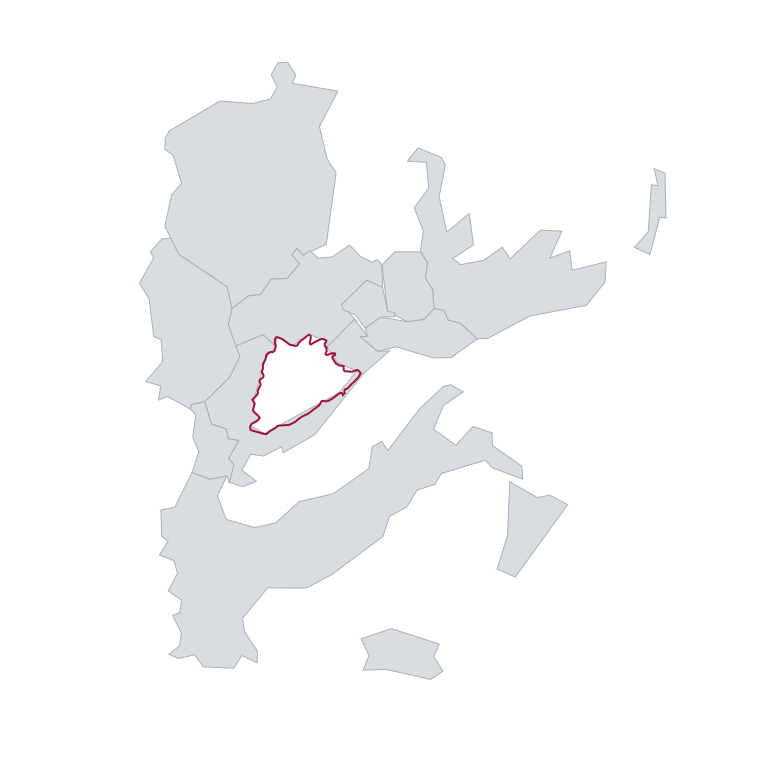 Bosnia and Herzegovina shown with its bordering countries, rotated 278°
{"feature_id": "BIH", "entity_name": "Bosnia and Herzegovina", "entity_type": "country or territory", "adm_level": 0, "iso_a3": "BIH", "parent_name": "Europe", "parent_adm1": "", "projection": "orthographic", "projection_center": [18.137, 43.918], "detail": "fine", "context": "with_neighbors", "style": "outline", "palette": "rose", "viewbox_px": 768, "rotation_deg": 278, "n_neighbors": 11, "source": "natural_earth", "source_scale": "50m", "svg_char_len": 6289}
<svg xmlns="http://www.w3.org/2000/svg" viewBox="0 0 768 768"><g transform="rotate(278 384 384)"><path d="M482.2,134.2L496.8,143.8L499.1,153.9L484.0,162.6L458.4,215.2L437.5,223.0L421.1,221.7L391.1,237.6L369.3,230.3L341.5,209.0L336.7,196.1L332.4,195.6L341.5,171.3L336.7,163.0L351.1,163.2L353.3,147.7L375.5,161.8L396.9,157.1L398.9,149.4L435.8,139.5L449.6,127.9L477.0,138.3L482.2,134.2Z" fill="#d9dde1" stroke="#a8b0b8" stroke-width="1"/><path d="M650.3,231.6L663.0,237.0L674.5,229.3L687.3,234.2L689.2,243.8L677.6,253.7L669.1,251.2L667.5,297.6L629.9,284.2L599.0,296.3L586.4,307.2L514.4,307.4L500.3,285.9L506.2,279.1L499.3,274.8L491.3,283.7L475.0,273.4L472.3,257.8L455.7,249.5L452.3,237.5L437.5,223.0L458.4,215.2L484.0,162.6L509.6,145.1L541.8,147.3L554.3,155.6L580.7,143.7L586.1,134.3L596.7,133.2L604.8,136.1L641.3,182.1L643.5,214.9L650.3,231.6Z" fill="#d9dde1" stroke="#a8b0b8" stroke-width="1"/><path d="M634.8,621.6L631.8,633.0L587.6,640.1L587.5,633.9L549.3,629.3L554.1,613.0L571.7,624.5L618.6,621.1L618.4,627.7L634.8,621.6ZM519.9,401.7L541.0,401.5L563.0,389.4L584.0,401.0L609.4,395.1L608.0,376.2L622.6,384.9L616.1,409.4L609.8,414.3L577.1,412.5L543.2,425.0L564.6,444.8L534.1,453.2L517.8,434.6L512.8,443.2L520.4,465.5L536.0,482.3L525.4,491.3L558.2,517.6L560.0,538.9L531.8,530.7L541.7,549.4L522.8,554.5L535.9,587.1L515.7,588.7L490.1,573.5L471.6,518.9L443.8,480.7L441.6,470.0L454.7,451.2L456.1,438.8L465.3,433.0L465.5,423.1L484.2,419.0L494.7,410.2L510.2,410.1L519.9,401.7Z" fill="#d9dde1" stroke="#a8b0b8" stroke-width="1"/><path d="M465.5,423.1L465.3,433.0L456.1,438.8L454.7,451.2L441.6,470.0L419.5,446.7L416.7,428.6L422.5,390.8L415.5,372.9L427.4,354.0L429.3,361.1L436.8,357.5L449.8,371.3L448.9,398.0L453.4,414.2L465.5,423.1Z" fill="#d9dde1" stroke="#a8b0b8" stroke-width="1"/><path d="M341.5,209.0L369.3,230.3L391.1,237.6L401.0,231.9L416.2,257.3L406.1,271.7L393.8,263.4L352.3,257.4L339.8,258.1L333.8,265.8L324.4,256.9L318.3,272.5L369.8,341.4L394.5,355.8L391.4,362.3L324.2,322.5L302.0,293.8L307.6,291.2L295.9,274.8L295.9,261.9L278.9,255.2L269.9,271.2L262.7,258.1L265.0,244.4L283.4,246.6L288.6,240.4L307.8,248.1L308.1,237.4L317.4,233.9L320.4,218.6L341.5,209.0Z" fill="#d9dde1" stroke="#a8b0b8" stroke-width="1"/><path d="M183.4,185.3L198.5,192.1L202.2,185.1L228.2,180.6L232.9,194.1L269.5,206.2L265.6,224.7L271.1,241.2L250.3,234.5L227.9,246.6L223.9,276.1L231.4,296.0L255.9,316.7L268.1,348.8L298.1,380.7L320.2,381.2L326.9,389.7L318.7,397.1L364.9,423.1L389.6,443.0L392.6,450.0L387.2,463.6L371.1,445.9L346.0,439.4L333.4,463.7L354.3,478.1L350.6,497.8L338.2,499.9L321.7,532.0L309.1,534.6L316.1,502.9L322.7,495.0L303.4,453.3L291.6,448.2L283.6,431.5L265.4,423.7L253.8,407.9L232.9,404.2L188.1,358.9L171.1,335.4L166.0,297.2L132.4,276.6L119.5,280.2L101.8,295.9L90.2,297.2L95.4,281.2L81.6,274.5L78.8,244.4L89.5,234.2L83.7,219.0L86.3,208.5L96.4,218.1L109.2,218.0L125.4,207.0L129.2,213.5L141.7,213.7L149.1,199.1L167.7,205.9L179.8,200.6L183.4,185.3ZM251.2,527.4L304.6,522.2L292.9,551.6L297.0,563.5L290.1,582.6L211.1,540.9L216.5,521.8L251.2,527.4ZM113.0,406.9L128.4,396.8L142.8,425.4L134.1,474.9L121.0,471.1L107.9,482.4L97.9,471.1L101.7,425.5L97.7,403.2L113.0,406.9Z" fill="#d9dde1" stroke="#a8b0b8" stroke-width="1"/><path d="M269.5,206.2L290.9,210.2L304.4,202.1L327.3,201.8L332.4,195.6L336.7,196.1L341.5,209.0L320.4,218.6L317.4,233.9L308.1,237.4L307.8,248.1L288.6,240.4L283.4,246.6L265.0,244.4L271.1,241.2L265.6,224.7L269.5,206.2Z" fill="#d9dde1" stroke="#a8b0b8" stroke-width="1"/><path d="M501.8,365.3L516.5,376.7L519.9,401.7L510.2,410.1L494.7,410.2L484.2,419.0L465.5,423.1L453.4,414.2L448.9,398.0L456.7,377.4L501.8,365.3Z" fill="#d9dde1" stroke="#a8b0b8" stroke-width="1"/><path d="M401.0,231.9L421.1,221.7L437.5,223.0L452.3,237.5L455.7,249.5L472.3,257.8L475.0,273.4L491.3,283.7L499.3,274.8L506.2,279.1L500.3,285.9L505.7,292.2L499.4,301.2L502.6,314.9L516.9,330.6L507.0,343.0L502.9,355.4L506.2,359.7L501.8,365.3L479.4,369.2L484.3,352.4L456.7,331.0L441.8,348.9L444.0,345.6L412.5,322.4L418.9,320.7L422.6,302.7L409.3,288.3L415.8,271.5L406.1,271.7L416.2,257.3L401.0,231.9Z" fill="#d9dde1" stroke="#a8b0b8" stroke-width="1"/><path d="M444.0,345.6L429.3,361.1L427.4,354.0L415.5,372.9L417.6,384.9L391.4,362.3L398.4,334.9L412.5,322.4L444.0,345.6Z" fill="#d9dde1" stroke="#a8b0b8" stroke-width="1"/><path d="M452.1,385.0L449.8,371.3L436.8,357.5L448.4,346.0L451.9,333.3L456.7,331.0L484.3,352.4L479.4,369.2L456.7,377.4L455.7,385.2L452.1,385.0Z" fill="#d9dde1" stroke="#a8b0b8" stroke-width="1"/><path d="M415.3,270.8L415.5,271.7L415.0,274.6L413.9,277.8L412.1,281.2L410.2,284.3L409.7,286.0L409.6,288.6L409.3,290.7L409.6,291.8L410.3,292.9L412.5,293.7L415.4,295.7L417.9,298.4L421.2,301.4L422.2,302.5L422.2,303.8L421.3,304.7L418.6,305.1L415.7,304.9L414.6,304.6L413.6,305.0L413.0,305.7L413.3,306.5L416.3,310.2L419.8,315.5L420.0,317.8L419.6,319.6L418.9,320.9L417.4,320.7L416.3,319.7L414.7,319.8L413.4,320.1L411.8,322.1L411.0,322.0L409.6,322.3L408.7,322.7L407.2,322.2L405.7,321.8L405.1,322.4L404.8,323.6L405.8,325.6L407.5,328.8L407.3,331.3L406.0,331.6L404.7,329.5L403.6,329.2L402.4,329.3L399.6,331.7L397.5,333.7L397.1,335.1L396.3,336.7L396.1,337.8L396.2,341.5L392.4,342.1L391.7,342.6L391.2,343.7L391.5,348.5L391.8,351.0L394.0,354.9L394.1,356.1L393.8,357.0L392.3,358.5L391.5,359.1L391.0,359.3L388.5,358.2L387.3,357.8L382.3,354.3L380.1,352.4L376.6,349.9L374.4,348.4L373.3,346.2L371.6,345.7L369.6,346.4L367.3,344.8L368.9,344.0L369.3,343.3L369.1,342.3L368.4,340.9L362.3,334.9L359.3,330.8L358.8,329.4L358.8,325.5L358.1,324.5L353.7,322.7L348.7,317.6L343.6,312.6L342.9,311.2L340.3,307.4L337.2,304.0L334.6,301.8L332.6,299.2L330.3,295.7L329.2,290.5L328.2,285.9L327.6,284.1L326.1,283.4L321.7,277.8L317.9,274.5L318.0,271.0L318.8,265.3L319.7,258.8L320.7,257.9L322.5,257.5L324.5,257.7L326.2,258.6L329.5,263.1L331.5,264.9L333.1,265.6L335.1,263.8L337.6,259.9L339.7,257.9L346.6,258.7L350.1,255.8L355.6,259.8L357.8,260.5L359.1,259.9L360.9,260.2L364.8,261.4L365.7,261.9L366.8,261.8L369.7,260.3L370.7,260.5L374.0,263.5L375.6,263.6L377.6,262.3L378.9,261.1L382.7,262.0L384.8,261.5L386.6,261.4L388.6,261.9L390.4,262.6L392.1,263.2L396.8,263.5L399.0,265.5L399.9,267.3L400.0,268.5L400.2,269.7L401.5,270.9L404.3,271.5L406.1,271.4L407.1,271.3L409.4,270.2L412.3,269.6L414.3,270.2L415.3,270.8Z" fill="none" stroke="#9f1239" stroke-width="2"/></g></svg>